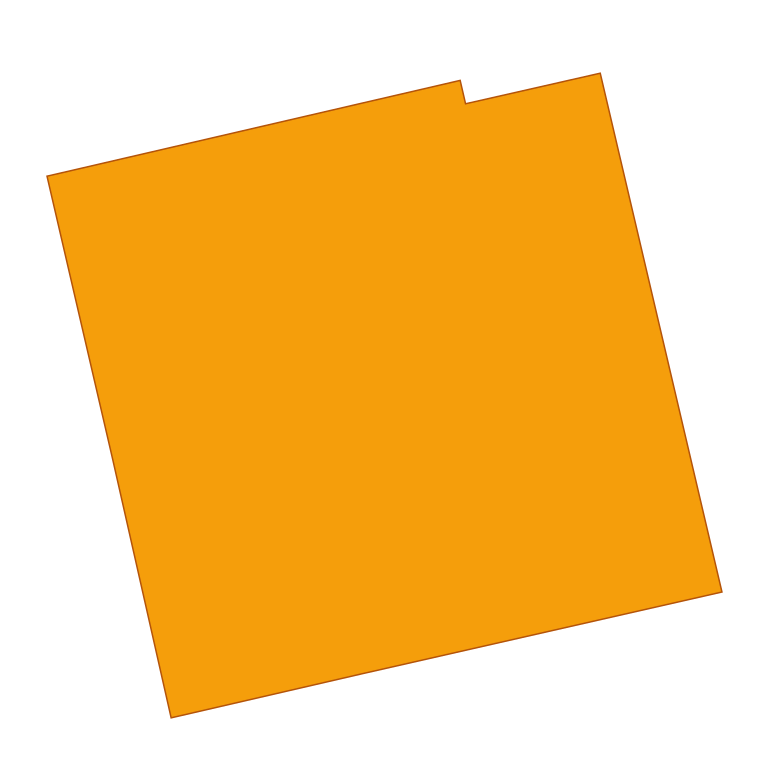 outline of Mason, Texas, United States of America, rotated 347°
{"feature_id": "52423323B11317235464600", "entity_name": "Mason", "entity_type": "district", "adm_level": 2, "iso_a3": "USA", "parent_name": "United States of America", "parent_adm1": "Texas", "projection": "orthographic", "projection_center": [-99.262, 30.72], "detail": "fine", "context": "isolated", "style": "filled", "palette": "amber", "viewbox_px": 768, "rotation_deg": 347, "n_neighbors": 0, "source": "geoboundaries", "source_scale": "gbopen_adm2", "svg_char_len": 279}
<svg xmlns="http://www.w3.org/2000/svg" viewBox="0 0 768 768"><g transform="rotate(347 384 384)"><path d="M102.7,395.4L101.5,661.4L297.5,661.4L666.5,662.7L664.6,129.8L526.5,129.3L526.5,105.3L102.4,105.7L102.7,395.4Z" fill="#f59e0b" stroke="#b45309" stroke-width="1.5"/></g></svg>